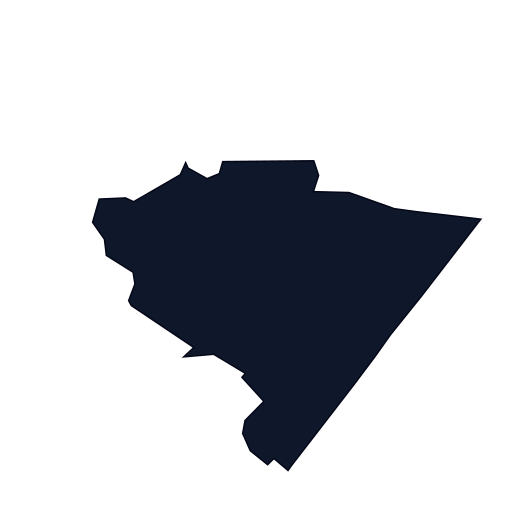 the district of Scott, Tennessee, United States of America, rotated 126°
{"feature_id": "52423323B42225822984570", "entity_name": "Scott", "entity_type": "district", "adm_level": 2, "iso_a3": "USA", "parent_name": "United States of America", "parent_adm1": "Tennessee", "projection": "robinson", "projection_center": [-84.482, 36.383], "detail": "fine", "context": "isolated", "style": "filled", "palette": "ink", "viewbox_px": 512, "rotation_deg": 126, "n_neighbors": 0, "source": "geoboundaries", "source_scale": "gbopen_adm2", "svg_char_len": 678}
<svg xmlns="http://www.w3.org/2000/svg" viewBox="0 0 512 512"><g transform="rotate(126 256 256)"><path d="M94.0,95.7L126.3,153.1L136.4,171.9L150.0,218.1L170.2,247.4L154.0,252.7L145.0,265.2L199.2,338.4L210.9,334.1L222.2,341.1L224.8,362.6L221.8,367.8L234.7,365.0L284.0,386.9L285.7,395.7L302.1,416.3L324.8,408.0L331.6,388.4L343.5,377.4L341.4,345.9L349.8,337.5L367.0,332.8L369.4,327.7L366.6,252.6L380.1,255.2L360.4,232.5L357.2,195.6L362.4,196.1L369.0,164.2L395.5,168.2L407.4,162.5L416.9,146.2L418.0,123.9L409.3,122.5L410.7,104.0L404.7,104.1L301.0,101.1L266.5,100.6L240.4,100.9L190.9,98.5L98.2,95.9L94.0,95.7L94.0,95.7Z" fill="#0f172a" stroke="#020617" stroke-width="1.5"/></g></svg>